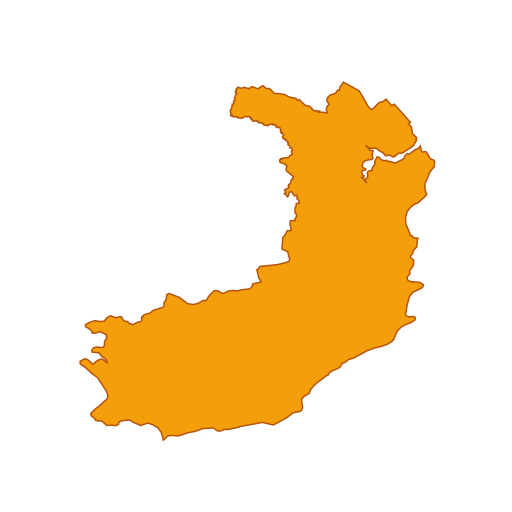 outline of Temeke, Dar-Es-Salaam, United Republic of Tanzania, rotated 78°
{"feature_id": "72390352B94835751472469", "entity_name": "Temeke", "entity_type": "district", "adm_level": 2, "iso_a3": "TZA", "parent_name": "United Republic of Tanzania", "parent_adm1": "Dar-Es-Salaam", "projection": "robinson", "projection_center": [39.284, -6.996], "detail": "fine", "context": "isolated", "style": "filled", "palette": "amber", "viewbox_px": 512, "rotation_deg": 78, "n_neighbors": 0, "source": "geoboundaries", "source_scale": "gbopen_adm2", "svg_char_len": 6092}
<svg xmlns="http://www.w3.org/2000/svg" viewBox="0 0 512 512"><g transform="rotate(78 256 256)"><path d="M173.7,74.2L168.9,77.5L161.9,77.2L158.4,79.5L157.4,77.1L136.2,89.2L137.2,92.1L129.7,96.0L131.7,100.6L131.3,102.0L131.6,103.8L136.6,111.5L136.2,113.5L132.8,115.2L115.9,120.7L104.1,134.4L107.6,138.2L111.2,140.0L110.7,141.7L113.4,144.3L113.9,149.8L115.7,152.8L118.6,154.5L122.7,153.0L124.5,155.4L127.7,157.0L130.8,156.3L130.8,157.7L129.7,159.2L128.1,165.2L127.4,164.2L127.3,166.0L126.4,166.2L126.6,168.1L125.0,169.8L120.8,172.3L119.2,175.9L118.1,177.0L112.1,181.1L112.5,183.1L110.0,184.2L107.3,190.7L104.0,194.5L101.7,200.5L101.0,204.1L96.0,207.3L95.1,208.1L94.0,211.5L91.2,213.4L90.9,214.2L92.7,219.0L92.2,220.6L89.8,224.0L89.7,226.0L91.0,227.7L88.4,232.9L89.1,234.9L87.1,239.0L88.1,239.6L88.5,240.7L90.3,240.9L90.2,241.5L91.3,242.1L91.9,242.0L91.8,241.4L93.5,241.2L93.8,242.0L96.7,244.2L97.6,244.4L98.4,243.7L100.3,246.0L102.1,245.7L103.0,247.4L102.7,247.7L106.9,249.3L107.7,250.7L110.5,251.1L111.0,250.7L113.4,251.7L114.0,250.8L113.0,250.8L113.1,250.1L115.2,249.2L115.6,245.6L116.1,245.8L117.3,244.7L117.3,243.4L118.0,242.9L118.1,239.5L117.6,239.2L117.2,236.9L117.8,236.4L118.2,233.6L118.8,233.4L118.8,232.7L120.1,232.7L120.6,231.9L121.0,232.4L121.8,231.9L121.7,231.3L123.2,231.2L123.8,230.5L123.5,228.5L124.4,227.3L124.3,226.2L126.3,225.7L126.7,223.0L127.2,223.0L127.7,221.7L128.4,221.6L128.4,221.0L129.5,221.1L130.8,217.9L130.3,217.5L130.9,217.2L129.9,214.7L130.5,213.6L130.2,213.0L131.1,212.6L131.2,211.9L130.7,211.8L131.7,210.7L131.4,209.9L133.5,209.8L133.6,208.8L134.3,208.9L135.0,208.0L135.0,206.2L136.0,205.7L136.5,206.0L138.1,205.3L138.4,206.0L140.7,205.9L140.7,205.4L141.5,205.4L141.5,204.5L143.5,203.9L144.8,205.3L146.3,205.2L147.0,204.9L147.1,203.8L147.7,203.8L148.1,202.7L148.9,203.0L150.8,200.9L151.4,201.6L152.2,201.0L153.9,201.6L155.5,200.1L156.6,199.9L157.3,200.4L157.8,198.5L159.2,198.2L159.9,198.4L160.3,199.3L161.9,199.7L164.0,199.2L164.8,201.9L166.5,203.8L165.7,209.9L166.3,210.6L166.1,211.3L166.8,211.0L166.9,212.9L169.4,213.1L171.7,209.2L174.3,207.0L177.4,208.6L178.9,208.6L186.3,202.8L187.4,204.2L188.6,204.1L188.7,205.3L189.8,206.4L192.2,207.1L193.0,209.3L194.7,209.9L195.1,209.4L196.0,209.6L197.3,214.4L199.8,213.6L200.9,215.4L202.8,213.7L204.7,212.9L203.7,211.4L202.2,211.3L200.5,209.9L200.5,207.8L205.2,206.1L204.8,204.1L206.1,203.2L208.5,204.1L210.4,202.7L213.4,202.6L213.0,205.7L216.0,206.6L216.8,207.6L221.5,209.0L222.9,208.1L225.3,207.8L228.3,210.5L229.4,210.5L228.7,215.1L231.8,216.2L235.2,216.0L238.4,216.6L237.7,220.2L240.5,222.4L243.6,225.9L254.3,229.2L255.2,228.8L256.0,227.0L258.9,224.0L267.0,223.8L268.1,225.0L268.6,227.6L268.9,237.2L267.0,254.3L269.1,256.7L269.6,258.0L277.8,257.9L282.3,256.3L282.6,265.1L284.8,266.0L286.4,268.0L286.8,269.8L285.9,278.1L286.4,281.7L284.9,285.8L284.5,290.2L285.8,295.5L284.6,298.0L281.9,300.9L281.2,304.2L285.5,310.6L289.0,313.7L288.5,317.3L290.2,322.0L290.5,327.1L288.5,332.7L280.5,339.6L274.6,348.8L275.4,351.4L279.9,353.0L282.7,355.8L285.0,356.0L286.9,357.6L287.7,367.5L289.7,371.7L290.2,377.3L291.8,380.2L292.1,379.7L292.8,380.7L295.6,381.4L296.3,383.5L296.1,385.8L297.7,391.1L296.6,391.6L295.5,394.3L293.9,394.8L293.0,395.8L293.0,397.3L290.8,399.4L288.7,399.7L287.3,400.6L286.9,402.7L287.6,405.2L284.2,410.8L285.6,415.2L288.2,417.7L287.7,422.1L285.7,427.1L286.3,432.7L287.7,437.1L289.6,437.5L292.7,434.1L295.5,432.2L297.2,432.3L298.0,430.2L297.7,424.2L301.7,418.9L305.5,419.1L308.0,421.9L312.3,423.0L313.7,425.1L312.0,430.6L312.0,433.9L314.0,436.2L315.9,436.4L318.1,429.5L321.6,428.1L326.5,424.0L329.3,423.8L324.6,428.4L325.1,432.5L328.0,438.1L322.3,442.2L320.9,445.0L322.4,449.9L325.2,450.3L329.1,446.4L337.0,440.8L342.0,436.3L357.6,430.2L362.2,430.0L364.7,431.2L369.8,439.8L372.3,445.3L375.9,450.4L378.1,450.4L380.6,448.1L383.5,446.9L384.6,444.6L385.2,441.2L390.8,437.3L391.3,432.6L392.8,428.7L392.1,425.5L390.2,424.8L389.4,422.5L389.6,417.4L390.2,413.7L393.3,410.4L397.8,404.0L396.9,396.6L399.7,391.8L403.5,387.8L409.0,385.3L416.9,384.9L413.9,380.0L413.8,376.7L415.7,369.8L415.6,366.3L414.7,359.0L414.9,352.2L413.8,344.2L415.3,333.3L418.7,330.5L419.7,328.3L419.8,326.0L419.0,323.8L419.8,319.5L419.9,309.8L419.5,306.3L420.1,284.4L424.9,274.2L420.7,259.9L417.1,252.2L417.1,245.6L416.6,243.7L414.0,241.9L406.8,241.4L405.0,240.6L403.4,238.4L401.4,232.6L398.4,230.7L395.6,227.3L392.8,222.8L387.7,211.8L387.5,210.2L385.8,209.0L384.3,206.0L382.4,197.2L378.8,193.9L378.5,190.7L376.5,187.2L376.2,182.0L371.8,167.2L370.6,159.7L370.5,153.3L369.8,146.3L367.6,140.6L366.0,138.5L358.7,133.4L355.5,128.3L354.4,124.8L353.4,118.4L351.6,113.8L349.5,113.0L348.1,114.0L347.1,119.5L345.7,121.8L343.2,121.8L341.3,120.4L336.8,119.1L327.6,114.4L326.1,112.6L324.0,109.8L322.0,101.3L320.9,99.2L319.7,98.4L318.6,98.4L315.8,101.4L313.3,109.8L311.6,112.3L309.9,112.8L307.7,112.3L305.4,109.1L302.8,109.0L298.1,104.2L292.8,102.6L289.4,105.3L287.7,104.6L286.7,102.6L283.0,100.7L280.5,96.8L273.7,94.9L272.4,93.8L270.9,98.0L268.4,99.6L268.0,100.5L255.9,102.7L249.9,101.9L244.1,99.0L241.0,95.5L238.6,91.0L237.6,86.4L232.4,77.3L231.1,76.2L226.7,76.8L223.5,76.5L220.0,75.5L209.9,68.3L205.7,63.2L200.9,61.6L199.2,62.2L197.9,64.4L196.2,65.6L189.8,67.6L189.1,68.3L189.0,71.2L188.3,72.3L182.6,72.4L184.8,75.3L184.8,77.5L188.2,84.8L187.2,86.8L189.5,89.9L191.2,90.8L192.0,92.5L194.1,100.6L191.5,104.8L191.2,106.8L189.4,108.4L189.6,111.0L187.1,114.2L184.9,115.1L184.2,116.9L188.4,120.3L191.0,120.7L194.0,124.0L196.6,124.9L196.0,127.2L197.4,129.7L201.6,130.2L204.2,133.6L207.5,132.5L205.3,134.0L203.1,134.5L200.7,137.1L201.3,135.7L201.2,134.2L200.0,133.5L198.6,135.2L195.5,135.1L194.7,134.3L194.6,130.8L193.6,130.6L191.8,132.9L190.6,133.4L188.9,133.1L187.1,131.8L185.7,129.9L185.3,126.4L185.7,123.1L185.0,121.4L181.4,121.5L177.4,119.6L175.9,122.8L171.9,124.8L171.0,126.2L171.3,125.2L174.2,122.7L175.7,115.9L179.2,113.0L181.1,110.5L185.0,108.3L184.8,104.6L187.8,101.3L187.1,100.1L187.5,99.5L187.1,98.4L186.4,98.1L185.1,94.6L185.7,92.3L185.4,90.6L181.0,79.3L176.2,74.9L174.7,75.2L173.7,74.2Z" fill="#f59e0b" stroke="#b45309" stroke-width="1.5"/></g></svg>